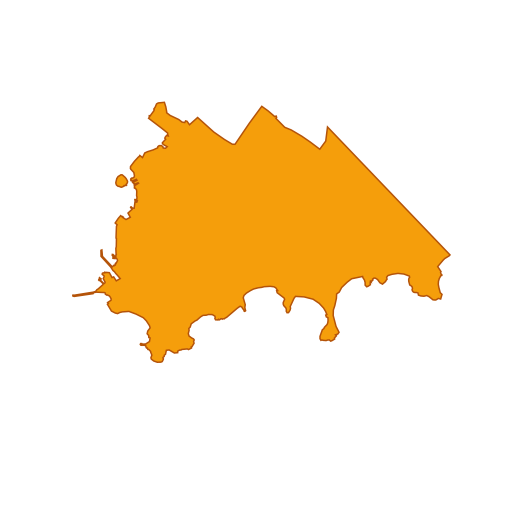 the district of At Tawahi, `Adan, Yemen, rotated 308°
{"feature_id": "15242507B38750647773303", "entity_name": "At Tawahi", "entity_type": "district", "adm_level": 2, "iso_a3": "YEM", "parent_name": "Yemen", "parent_adm1": "`Adan", "projection": "robinson", "projection_center": [44.985, 12.776], "detail": "fine", "context": "isolated", "style": "filled", "palette": "amber", "viewbox_px": 512, "rotation_deg": 308, "n_neighbors": 0, "source": "geoboundaries", "source_scale": "gbopen_adm2", "svg_char_len": 6153}
<svg xmlns="http://www.w3.org/2000/svg" viewBox="0 0 512 512"><g transform="rotate(308 256 256)"><path d="M318.0,93.1L320.7,89.2L316.4,84.7L314.6,84.0L311.2,84.9L308.9,85.0L308.8,85.6L307.7,86.1L301.3,86.3L300.9,85.5L300.5,85.6L300.2,86.4L298.4,86.6L298.6,103.2L298.5,110.7L297.6,111.4L296.6,112.9L296.3,112.2L296.6,111.6L296.0,111.3L293.8,111.3L292.7,111.6L292.4,112.9L287.6,112.5L286.9,113.2L286.9,115.2L287.5,118.7L285.2,118.4L284.0,116.4L284.8,115.3L284.8,113.5L283.3,111.7L281.8,111.3L280.7,111.9L276.4,109.7L271.3,106.2L268.7,104.9L263.7,106.0L263.7,102.5L262.3,102.7L261.8,102.4L255.9,101.9L249.3,102.0L247.6,103.2L247.3,103.9L246.6,108.3L244.3,110.9L243.0,111.4L241.2,110.7L241.1,110.2L240.0,109.8L239.3,110.0L239.1,110.9L238.5,110.9L238.4,111.3L238.8,111.8L238.8,112.3L242.8,114.5L242.4,115.6L238.1,113.5L237.9,114.5L238.2,115.4L237.6,115.6L237.4,116.0L241.1,118.0L241.0,118.6L236.3,116.9L235.7,117.9L235.2,117.9L234.7,118.4L235.0,119.0L234.8,119.8L234.9,120.7L233.3,122.4L230.0,124.8L229.2,125.9L227.1,127.3L225.9,125.8L225.0,126.7L226.4,128.5L225.4,128.9L225.0,128.9L223.8,127.5L218.6,130.6L217.7,129.1L217.9,127.4L217.5,127.1L217.0,127.3L216.6,129.6L211.0,128.7L209.1,133.1L204.7,131.1L204.4,127.9L204.9,127.6L204.9,126.8L204.4,127.0L204.5,124.5L200.9,124.3L195.3,124.7L195.1,127.3L193.4,127.8L183.9,134.7L183.8,135.3L177.4,140.1L175.7,140.9L171.9,144.1L171.3,144.9L170.9,144.8L169.5,145.7L168.5,144.1L169.1,143.7L169.0,143.2L169.2,142.4L168.8,141.8L167.9,142.4L167.8,143.5L166.1,144.7L166.5,145.4L167.5,144.8L167.6,145.3L166.8,145.9L167.2,146.6L168.1,146.2L168.4,147.2L167.8,148.9L167.2,149.7L164.0,150.3L163.9,149.8L163.5,149.8L162.3,150.7L161.3,150.4L161.4,149.8L159.0,149.4L161.2,135.2L165.9,130.8L165.0,130.3L160.3,134.1L157.9,148.2L156.5,152.3L156.5,154.1L155.9,156.2L155.5,158.7L154.6,162.9L150.4,161.2L151.9,156.7L150.4,155.8L152.6,150.7L150.8,147.9L150.5,148.0L150.1,147.5L150.1,146.8L149.3,146.9L148.6,145.9L147.7,145.6L146.9,146.0L146.8,148.5L146.1,149.1L144.2,149.5L142.5,153.2L141.7,153.5L140.6,153.2L141.2,147.8L142.6,148.1L142.6,146.0L142.2,146.1L142.1,147.3L141.0,147.2L140.7,146.6L140.2,146.8L140.1,147.6L140.6,148.0L140.0,152.7L139.1,153.0L132.9,151.9L131.6,151.4L129.3,151.4L127.3,150.0L113.3,137.0L112.5,135.8L111.9,136.1L111.7,136.4L112.2,137.6L126.0,150.8L127.0,150.6L129.1,152.3L133.9,159.1L134.0,160.1L133.2,160.7L133.3,162.5L133.9,163.0L133.9,163.9L134.3,164.9L133.9,166.3L133.0,168.3L131.8,169.0L128.0,167.7L127.8,168.9L126.5,168.6L123.6,176.0L124.4,180.2L125.4,182.4L127.7,183.5L129.7,185.1L134.1,190.0L136.4,197.3L138.0,205.2L137.4,209.5L135.5,215.0L134.2,216.8L130.2,216.9L127.7,218.1L127.3,220.3L125.8,221.7L126.2,222.1L126.2,223.0L123.0,224.7L118.7,223.2L116.4,220.5L116.7,220.0L116.0,219.0L115.1,219.2L114.8,220.2L115.4,221.1L115.8,220.9L116.1,221.8L117.5,224.2L116.5,225.4L116.1,226.4L116.6,227.1L115.8,228.3L116.3,229.3L115.9,231.7L115.1,232.6L114.6,233.7L113.7,235.0L111.2,235.8L110.7,236.4L110.3,237.0L110.3,240.1L111.5,243.6L113.8,246.4L115.1,247.1L117.5,246.6L118.0,246.3L118.4,245.4L118.9,245.2L120.3,245.5L121.4,244.8L122.8,245.2L126.5,243.4L128.5,245.4L129.3,251.4L131.6,253.8L132.8,252.9L134.6,253.6L135.9,254.9L136.6,255.0L140.5,259.1L140.7,260.4L143.7,261.8L144.4,261.0L144.9,261.4L149.1,260.9L150.3,259.4L151.8,259.0L152.2,257.8L151.8,255.6L151.7,252.5L153.2,250.4L156.3,249.0L157.5,247.7L159.5,247.9L162.7,246.7L167.6,248.1L169.0,248.9L173.9,249.8L176.6,250.8L178.7,253.2L180.6,254.5L182.9,257.6L183.3,260.5L182.6,261.6L181.5,262.0L180.8,263.4L182.0,265.1L183.0,265.4L182.8,266.2L183.4,266.6L184.9,266.9L185.3,267.3L185.4,268.3L186.1,268.5L187.1,269.8L188.2,269.9L189.5,270.6L203.3,273.4L206.6,274.4L207.0,276.4L206.3,277.9L206.1,279.3L205.2,280.8L205.4,281.2L205.9,281.4L206.5,281.5L208.4,279.0L211.0,277.5L215.2,271.7L217.5,270.8L220.9,271.3L225.3,272.9L228.5,274.4L232.3,277.3L234.7,279.7L236.9,281.4L240.8,285.8L242.8,289.1L243.1,291.2L242.1,294.3L241.4,293.6L240.1,295.3L240.2,304.0L239.5,305.2L236.1,306.1L234.9,307.0L234.0,308.4L233.4,311.6L232.3,313.1L231.2,313.7L230.4,315.4L231.4,316.5L234.2,316.2L236.1,315.4L237.2,314.1L246.1,312.0L248.5,312.0L253.4,319.1L257.1,327.6L257.6,335.0L256.6,341.3L255.2,344.9L253.5,347.9L252.4,347.3L251.3,348.9L251.7,350.6L249.8,352.3L247.7,353.6L245.9,354.2L241.8,353.8L240.7,354.2L238.7,353.7L232.1,355.9L230.2,357.4L229.5,359.1L230.3,359.5L231.0,361.0L232.5,363.3L233.9,364.2L235.0,365.5L234.9,367.3L236.3,368.1L239.0,369.1L239.6,368.3L242.6,368.5L242.8,367.2L244.9,368.5L247.0,368.4L249.8,362.4L256.6,353.5L261.1,350.2L265.3,348.7L272.2,345.4L275.7,342.9L278.8,343.8L283.9,342.9L291.6,344.0L297.0,345.4L305.5,352.6L304.7,353.7L303.9,356.1L302.4,358.2L300.2,360.0L299.9,362.2L301.3,363.0L303.8,363.8L304.6,362.9L305.5,362.3L305.9,362.9L306.2,361.9L306.7,361.6L307.2,362.1L307.2,362.7L309.1,362.9L309.5,362.1L311.3,362.6L312.1,363.9L312.3,366.3L311.2,370.1L311.7,373.0L315.6,373.8L317.1,373.5L318.3,373.6L319.7,372.0L321.8,372.0L325.4,374.5L329.7,378.6L332.8,383.6L334.6,389.2L333.8,390.2L332.7,390.2L331.3,390.9L329.9,392.2L327.8,395.0L328.0,396.1L327.9,397.8L326.9,399.2L325.4,399.8L324.7,401.0L324.5,402.2L324.8,403.3L326.0,404.9L326.6,406.4L325.2,408.1L326.0,410.5L327.7,413.1L330.0,414.9L330.5,417.5L330.4,422.4L331.6,424.3L332.3,424.9L334.8,425.8L335.8,428.0L340.3,426.2L340.5,423.8L343.9,419.3L346.0,417.0L348.5,415.3L351.1,414.3L354.2,413.8L355.1,414.4L355.7,413.9L355.7,412.9L356.6,411.6L357.6,411.4L359.5,405.7L367.8,406.0L370.2,406.3L375.0,408.1L376.3,408.2L401.7,232.9L389.5,240.2L379.4,240.5L379.2,228.6L378.6,218.4L377.0,206.1L375.1,199.4L376.7,187.0L378.0,186.9L378.7,185.7L377.4,184.9L377.8,176.1L377.5,168.4L356.6,169.0L331.1,170.7L329.5,168.5L328.4,159.4L327.7,146.4L329.2,124.7L318.5,122.8L319.7,118.7L319.1,117.3L317.3,117.7L316.0,115.3L316.0,111.1L313.9,101.8L313.9,97.4L314.8,96.7L318.0,93.1ZM236.9,106.4L237.4,104.6L237.6,100.7L236.9,99.6L233.7,98.4L231.3,98.6L227.6,100.3L226.7,101.2L226.0,102.4L226.0,104.5L226.6,105.2L226.9,106.7L227.5,107.8L229.2,108.7L230.1,108.7L230.1,109.1L231.4,109.5L231.5,110.2L232.2,110.4L232.8,109.6L234.5,109.6L235.8,108.8L236.9,106.4Z" fill="#f59e0b" stroke="#b45309" stroke-width="1.5"/></g></svg>